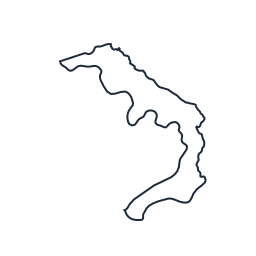 the border of Azad Kashmir, rotated 134°
{"feature_id": "PAK-1109", "entity_name": "Azad Kashmir", "entity_type": "Centrally Administered Area", "adm_level": 1, "iso_a3": "PAK", "parent_name": "Pakistan", "parent_adm1": "", "projection": "mercator", "projection_center": [73.919, 33.973], "detail": "fine", "context": "isolated", "style": "outline", "palette": "slate", "viewbox_px": 256, "rotation_deg": 134, "n_neighbors": 0, "source": "natural_earth", "source_scale": "10m", "svg_char_len": 4178}
<svg xmlns="http://www.w3.org/2000/svg" viewBox="0 0 256 256"><g transform="rotate(134 128 128)"><path d="M189.5,73.4L188.7,72.9L186.2,72.8L181.7,73.8L175.3,74.1L151.1,69.3L133.8,62.9L129.4,62.2L125.1,62.5L120.7,64.3L115.6,68.1L113.8,69.0L102.9,70.9L102.0,71.4L100.0,73.1L99.9,75.0L100.4,77.2L100.4,79.5L99.4,81.2L96.1,83.5L95.0,85.4L94.9,88.6L94.6,89.6L94.0,90.2L92.3,91.2L91.5,91.7L90.4,93.6L90.1,95.7L90.6,97.7L92.1,99.3L93.8,100.3L95.5,101.0L97.2,101.2L99.2,101.0L101.2,101.2L102.4,102.6L103.9,106.8L104.9,108.3L105.4,110.1L105.2,111.8L103.9,113.1L99.8,115.2L98.2,116.9L97.6,119.5L98.2,121.9L99.8,124.1L101.8,125.6L103.9,126.1L108.6,124.8L110.0,124.9L113.6,126.2L116.1,126.1L118.7,125.5L121.2,125.4L123.3,126.9L124.2,129.6L123.5,132.2L121.9,134.6L120.1,136.5L117.7,138.2L115.3,139.3L107.9,140.6L106.3,142.1L103.9,146.4L103.5,147.3L103.2,148.4L103.0,149.4L102.8,151.9L103.0,153.1L103.3,154.3L103.9,155.5L107.2,158.3L111.6,160.7L115.2,163.6L116.3,168.2L114.9,174.4L112.8,180.4L112.1,181.8L111.4,182.9L110.5,183.9L109.3,184.8L106.7,185.8L105.6,186.6L105.0,188.0L104.7,191.6L105.7,194.1L107.5,196.1L110.0,197.8L112.3,200.1L116.1,205.4L118.6,206.9L125.0,208.0L126.9,209.2L127.6,211.0L127.8,215.1L128.6,219.3L128.4,221.0L127.7,222.5L127.3,223.2L104.4,211.2L103.9,210.7L102.8,208.7L102.7,208.5L102.5,208.2L102.2,207.8L101.6,207.2L100.4,206.6L99.2,206.2L96.9,206.3L95.9,206.5L95.2,206.7L95.1,206.8L93.8,207.4L93.3,207.6L92.2,207.5L90.8,206.7L90.0,206.2L89.3,205.0L87.1,203.6L83.1,201.7L80.9,200.2L79.6,198.5L81.2,197.0L81.1,196.1L81.5,195.4L81.8,194.5L81.8,193.6L81.5,192.7L80.9,192.2L79.5,191.3L79.3,190.9L79.2,190.4L79.1,189.9L79.1,189.7L78.7,189.7L78.2,189.8L77.7,190.0L77.2,190.0L76.8,189.9L76.7,189.2L76.9,189.1L77.3,189.0L77.4,188.9L77.9,188.7L78.1,188.5L78.0,186.9L77.7,185.3L77.6,183.8L77.9,182.9L78.1,182.3L78.3,181.4L78.0,180.6L77.2,179.6L76.5,178.4L76.3,176.9L76.9,175.9L77.7,174.9L78.4,172.5L79.0,172.1L79.5,171.9L80.0,171.6L80.0,170.8L79.9,170.2L79.6,169.6L79.1,166.9L79.1,166.1L79.3,165.5L79.8,165.4L80.2,165.1L80.5,164.3L80.3,163.0L79.8,161.5L79.1,160.0L78.3,159.0L76.5,157.3L76.2,156.7L76.6,155.5L76.5,155.0L76.5,154.2L77.8,151.6L78.1,150.5L78.0,149.0L77.8,147.5L77.3,146.1L76.5,144.9L75.8,142.7L76.9,136.6L76.7,133.8L72.5,125.8L72.5,125.7L71.8,120.8L70.6,115.8L70.6,115.7L70.5,114.8L70.5,114.3L70.5,114.0L70.6,111.4L70.6,110.0L69.5,104.1L69.4,104.1L68.4,103.0L68.2,102.2L67.6,101.1L64.9,97.0L64.4,95.3L64.6,94.9L65.4,93.5L65.8,92.5L66.1,90.9L66.1,90.7L66.2,90.3L66.2,87.8L66.3,87.4L66.4,87.2L66.8,86.5L66.9,86.2L67.0,85.7L66.8,83.5L66.9,83.1L67.0,82.8L67.3,82.2L67.4,81.9L67.5,81.6L67.5,80.9L67.5,80.5L67.6,80.1L67.8,79.7L68.1,79.4L68.7,79.1L68.8,79.1L70.8,78.7L71.1,78.7L71.5,78.7L72.9,79.0L73.1,79.0L73.5,79.0L74.8,78.3L75.7,77.9L76.3,77.7L76.9,77.6L77.5,77.6L78.1,77.7L78.5,77.9L78.5,78.0L78.8,78.7L79.0,79.2L79.2,79.4L79.3,79.6L79.7,79.6L79.8,79.5L80.1,79.2L80.8,77.8L82.2,73.8L82.2,73.4L82.2,73.0L82.1,72.5L81.6,71.7L81.5,71.4L81.4,71.0L81.4,70.6L81.6,70.2L83.6,67.0L84.0,66.3L84.5,64.6L85.0,63.6L85.5,63.0L86.2,62.3L87.7,61.2L88.4,60.8L89.0,60.6L90.2,60.6L90.7,60.6L91.1,60.4L91.6,60.1L92.9,59.2L93.1,59.1L94.6,58.8L97.6,59.0L97.8,58.9L98.0,58.9L99.2,57.9L99.4,57.8L99.8,57.5L100.3,57.1L100.6,56.8L100.7,56.7L101.2,55.8L101.6,55.4L101.9,55.1L102.4,54.7L102.9,54.5L104.0,54.4L104.4,54.3L104.8,54.2L105.6,53.9L106.4,53.6L106.6,53.3L106.7,53.2L106.8,53.2L107.1,52.7L107.6,51.2L107.9,50.4L108.0,50.1L108.4,49.7L109.1,49.1L109.4,48.8L109.7,48.1L109.9,47.4L109.8,46.1L109.9,45.4L110.1,44.7L110.7,44.0L111.4,43.2L111.8,42.9L112.2,42.7L112.4,42.4L112.5,42.0L112.2,41.4L111.9,41.0L111.6,40.7L110.7,40.3L110.5,40.2L110.4,40.0L110.3,39.9L110.2,39.7L110.1,39.4L110.0,39.0L110.2,38.6L110.8,37.2L111.1,36.7L111.6,36.1L112.3,35.4L114.1,34.9L115.0,34.9L117.5,35.0L123.9,35.9L124.0,35.9L129.6,35.4L133.7,33.8L137.3,32.9L139.1,33.1L141.2,34.3L143.2,36.5L144.9,39.3L147.5,45.5L149.0,48.2L150.9,50.1L160.3,55.6L164.9,57.6L169.1,58.8L172.4,58.9L174.4,58.5L176.0,57.9L178.7,57.4L180.1,56.7L182.5,54.4L183.7,54.1L183.8,54.1L185.2,54.8L188.4,58.1L190.0,60.4L191.2,63.1L191.6,65.9L191.4,68.5L189.7,72.5L189.5,73.3L189.5,73.4Z" fill="none" stroke="#1e293b" stroke-width="2"/></g></svg>